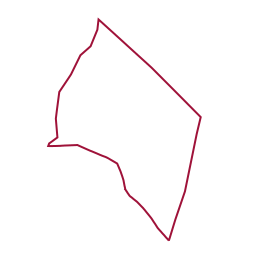 outline of Al Wihda, Southern Darfur, Sudan, rotated 200°
{"feature_id": "16777658B17164908055521", "entity_name": "Al Wihda", "entity_type": "district", "adm_level": 2, "iso_a3": "SDN", "parent_name": "Sudan", "parent_adm1": "Southern Darfur", "projection": "natural_earth1", "projection_center": [24.982, 12.873], "detail": "fine", "context": "isolated", "style": "outline", "palette": "rose", "viewbox_px": 256, "rotation_deg": 200, "n_neighbors": 0, "source": "geoboundaries", "source_scale": "gbopen_adm2", "svg_char_len": 1753}
<svg xmlns="http://www.w3.org/2000/svg" viewBox="0 0 256 256"><g transform="rotate(200 128 128)"><path d="M111.0,71.8L109.8,69.8L109.8,69.6L109.7,69.6L109.5,69.4L109.0,69.0L108.9,68.9L108.0,68.2L107.9,68.2L107.4,67.8L107.1,67.6L106.9,67.4L106.7,67.3L106.5,67.1L106.1,66.8L106.0,66.7L105.2,66.2L104.7,65.8L103.7,65.1L103.4,64.9L103.0,64.7L102.8,64.6L102.6,64.5L101.1,64.1L99.7,63.6L98.7,63.2L94.2,61.7L90.1,59.7L89.5,59.4L86.8,58.1L86.7,58.1L86.4,57.9L86.2,57.8L86.1,57.7L84.3,56.7L83.8,56.4L82.2,55.4L78.5,53.2L75.4,51.3L74.8,50.9L71.5,48.4L69.8,47.2L67.1,45.1L66.0,44.3L65.8,44.1L65.5,44.0L65.2,43.8L65.0,43.7L63.7,43.0L63.4,42.8L61.6,41.9L60.6,41.3L59.3,40.6L57.7,39.8L57.3,39.6L55.6,38.6L54.5,38.0L52.9,37.2L51.5,36.4L51.4,36.4L51.2,36.3L51.1,36.1L51.2,39.0L52.0,54.3L52.2,58.5L52.8,87.9L61.4,145.9L63.4,163.1L79.5,170.7L92.0,176.6L126.6,192.8L148.6,201.8L168.3,209.9L192.8,219.9L190.4,209.9L191.1,192.0L197.6,180.1L199.9,158.8L201.1,153.8L204.9,138.4L201.0,120.8L199.0,112.1L191.1,95.0L196.8,86.5L196.8,83.8L195.2,84.3L194.8,84.5L194.5,84.6L194.1,84.7L193.6,84.9L191.8,85.6L191.6,85.7L190.8,86.0L190.2,86.2L190.0,86.3L187.9,87.1L186.8,87.6L185.9,87.9L185.5,88.1L185.2,88.2L184.9,88.4L184.7,88.5L184.2,88.7L183.7,88.9L183.0,89.2L181.9,89.7L179.7,90.6L178.7,91.0L176.5,91.9L170.9,94.2L169.8,94.7L169.7,94.7L168.6,94.6L167.2,94.5L165.8,94.4L164.8,94.3L164.3,94.3L160.2,94.0L155.6,93.7L154.2,93.7L150.2,93.5L148.1,93.4L146.8,93.3L146.5,93.3L146.3,93.3L146.2,93.3L145.5,93.2L144.5,93.2L142.7,93.1L142.0,93.1L141.8,93.1L140.3,93.1L139.7,93.1L138.9,93.1L138.7,93.1L138.4,93.0L138.2,93.0L137.7,93.0L137.3,92.9L137.0,92.9L126.0,90.9L120.2,84.7L116.7,80.4L114.4,77.4L111.2,72.0L111.1,71.9L111.0,71.8Z" fill="none" stroke="#9f1239" stroke-width="2"/></g></svg>